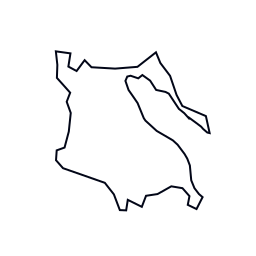 the district of Gurlen, Khorezm, Uzbekistan, rotated 198°
{"feature_id": "79887680B99792663535597", "entity_name": "Gurlen", "entity_type": "district", "adm_level": 2, "iso_a3": "UZB", "parent_name": "Uzbekistan", "parent_adm1": "Khorezm", "projection": "equal_earth", "projection_center": [60.261, 41.834], "detail": "fine", "context": "isolated", "style": "outline", "palette": "ink", "viewbox_px": 256, "rotation_deg": 198, "n_neighbors": 0, "source": "geoboundaries", "source_scale": "gbopen_adm2", "svg_char_len": 966}
<svg xmlns="http://www.w3.org/2000/svg" viewBox="0 0 256 256"><g transform="rotate(198 128 128)"><path d="M124.8,208.6L137.9,189.1L158.6,180.5L181.5,174.5L190.2,179.1L194.5,166.3L203.7,168.0L205.8,181.2L220.3,178.6L214.7,166.2L211.1,153.7L193.9,143.7L194.4,134.0L187.1,124.6L183.2,106.3L182.3,89.8L188.9,84.7L186.5,75.1L177.4,69.7L133.1,68.7L120.9,60.5L110.4,47.4L104.3,49.1L106.0,59.6L90.5,57.3L89.9,69.1L79.5,74.3L68.8,85.9L57.6,87.6L48.5,82.2L47.4,73.4L37.8,72.1L35.7,85.3L40.1,87.1L46.2,91.3L51.7,97.8L57.6,111.5L62.1,117.1L66.1,120.7L75.6,127.4L81.5,130.1L99.8,134.1L113.7,140.4L116.0,142.2L126.6,154.7L133.9,160.3L139.2,164.3L145.0,172.0L144.6,176.7L141.7,178.5L133.6,178.4L130.7,182.8L121.6,179.9L113.0,172.9L103.5,173.9L99.8,173.3L85.5,161.9L79.1,159.5L73.2,156.1L73.2,156.7L65.6,154.2L58.9,151.9L56.2,150.3L51.2,148.2L48.8,148.4L57.6,163.4L83.1,165.7L92.0,174.4L104.1,190.6L117.3,199.8L124.8,208.6Z" fill="none" stroke="#020617" stroke-width="2"/></g></svg>